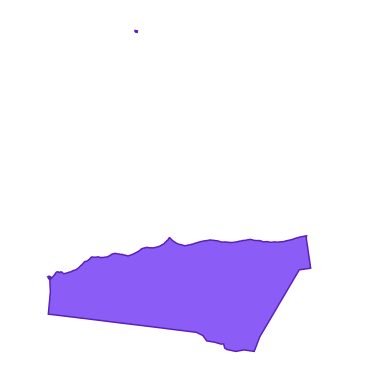 the district of At Tuhayta, Al Hudaydah, Yemen, rotated 99°
{"feature_id": "15242507B5379899577344", "entity_name": "At Tuhayta", "entity_type": "district", "adm_level": 2, "iso_a3": "YEM", "parent_name": "Yemen", "parent_adm1": "Al Hudaydah", "projection": "equal_earth", "projection_center": [43.15, 14.086], "detail": "fine", "context": "isolated", "style": "filled", "palette": "violet", "viewbox_px": 384, "rotation_deg": 99, "n_neighbors": 0, "source": "geoboundaries", "source_scale": "gbopen_adm2", "svg_char_len": 4964}
<svg xmlns="http://www.w3.org/2000/svg" viewBox="0 0 384 384"><g transform="rotate(99 192 192)"><path d="M335.1,314.8L334.3,293.6L334.2,290.7L333.1,259.1L333.0,254.8L332.7,247.4L332.6,243.5L332.0,228.1L331.7,219.6L331.0,199.7L330.9,195.0L330.2,174.3L329.9,165.7L332.1,158.8L334.8,156.1L335.0,155.9L336.8,154.1L336.8,149.7L336.8,146.2L337.7,139.6L337.1,136.9L337.3,136.8L337.7,136.7L338.5,136.4L339.0,136.2L341.0,135.3L342.2,132.8L342.1,132.7L342.6,123.8L339.8,115.8L339.8,113.1L339.7,105.6L333.5,104.3L331.5,103.9L324.4,102.4L322.4,101.6L316.1,99.1L304.8,94.6L304.1,94.4L302.4,93.7L300.2,92.8L290.1,88.9L278.5,84.3L269.8,80.9L252.1,73.9L251.2,70.9L248.7,62.9L242.4,64.8L239.9,65.6L239.5,65.7L235.5,67.0L234.5,67.3L231.6,68.2L230.3,68.6L230.1,68.7L228.9,69.0L226.8,69.7L225.3,70.2L224.2,70.5L221.5,71.4L220.3,71.7L219.7,71.9L218.4,72.0L217.3,72.0L218.4,75.0L219.3,77.6L221.6,82.6L223.7,86.6L225.5,91.4L226.5,93.4L227.9,98.7L228.3,101.1L228.3,102.5L228.6,103.5L229.1,105.4L229.5,106.9L229.2,108.5L229.3,110.5L229.5,111.3L229.8,112.5L230.1,113.5L229.9,115.2L229.6,115.6L229.4,117.8L229.8,120.1L230.1,123.4L229.8,124.8L229.7,127.0L230.2,128.7L230.8,130.3L231.4,131.8L231.5,132.2L231.6,132.3L231.8,133.8L232.0,134.4L233.0,136.6L233.0,137.1L234.0,139.2L234.0,139.6L234.5,140.6L234.8,141.9L235.1,142.7L235.3,143.6L235.5,144.0L235.7,145.5L236.0,146.7L235.8,147.3L236.0,148.2L236.1,148.7L236.0,149.3L236.0,150.0L236.2,151.2L236.2,151.7L236.4,152.6L236.5,153.2L236.7,153.7L236.8,155.7L236.6,156.6L236.4,157.4L236.4,157.9L236.2,159.1L236.3,160.5L236.4,161.4L236.3,162.6L236.5,165.1L236.5,166.5L236.7,167.3L236.9,167.6L237.8,170.2L237.9,170.5L238.0,171.3L238.1,171.7L238.2,171.9L238.5,172.3L238.6,173.0L238.9,173.9L239.3,174.6L239.6,175.5L239.7,175.9L240.5,177.5L241.3,179.0L241.9,180.4L242.0,180.8L242.5,181.7L243.3,183.1L243.6,183.8L243.7,184.2L244.2,185.1L244.4,185.7L244.7,186.4L244.9,187.2L245.6,188.8L246.0,190.0L246.2,191.0L246.1,192.1L245.9,193.3L245.8,194.4L245.6,194.8L245.8,195.7L245.7,196.2L245.6,197.1L245.4,198.1L245.2,198.7L244.9,199.7L244.6,200.2L244.5,200.4L244.1,201.3L243.8,202.1L243.5,202.5L243.3,203.2L242.9,203.8L242.7,203.9L242.6,204.3L242.0,205.1L240.8,206.6L240.6,207.0L241.1,207.5L241.6,207.8L242.0,207.9L243.0,208.2L244.0,209.2L244.3,209.4L244.9,209.8L245.3,209.9L246.0,210.7L247.5,211.6L247.9,211.9L248.3,212.7L249.2,213.8L249.4,214.1L250.3,215.0L251.1,216.5L251.8,217.9L252.5,219.5L252.6,220.1L253.2,221.2L253.3,222.2L253.4,222.8L253.6,224.2L253.8,225.8L253.8,227.1L253.6,227.6L254.1,228.7L254.7,230.2L255.1,231.2L255.5,232.1L256.1,233.0L256.6,233.5L257.0,233.8L257.9,234.5L259.1,235.8L260.3,237.4L261.4,238.8L262.6,240.6L263.3,241.6L263.9,242.7L264.4,243.8L265.1,245.1L265.1,245.9L265.0,246.9L264.8,247.7L264.8,248.1L265.0,248.6L264.9,249.3L264.7,249.9L264.6,250.7L264.6,251.5L264.7,252.5L264.9,253.0L264.8,253.6L264.6,254.1L264.6,254.6L264.8,255.7L264.6,256.4L264.7,258.6L265.1,259.1L265.0,259.4L266.1,261.7L266.7,262.1L267.9,263.6L269.3,265.5L269.5,266.1L269.7,266.6L270.2,268.6L270.5,269.2L270.5,269.7L270.8,270.8L271.0,272.0L271.0,273.2L270.8,273.5L270.7,274.2L271.0,275.6L271.2,276.0L271.5,276.9L271.6,278.0L271.8,278.8L271.8,279.6L271.7,280.1L271.8,280.4L271.8,280.5L272.1,281.2L272.3,281.4L272.5,281.5L272.8,281.7L273.0,281.9L273.4,282.0L274.0,282.5L274.7,283.1L275.1,283.4L275.4,283.7L276.1,284.3L276.9,285.2L276.9,285.4L276.9,285.5L277.0,285.7L277.2,286.3L277.4,287.0L277.7,287.2L277.9,287.3L278.0,287.4L278.4,287.5L278.7,287.8L278.9,288.0L280.2,288.8L281.6,289.9L281.9,290.2L282.3,290.5L283.0,291.0L283.8,291.5L284.5,292.0L284.8,292.3L286.0,293.5L286.8,294.3L287.5,295.4L287.7,295.7L287.9,296.2L288.0,296.4L287.9,296.5L288.0,296.7L288.6,297.5L288.6,297.8L289.0,298.1L289.1,298.3L289.3,298.5L289.9,299.3L290.1,300.0L290.2,300.5L290.3,300.6L291.2,302.3L291.4,302.5L292.0,304.0L292.3,304.8L292.6,305.3L292.6,306.3L292.4,306.7L292.2,307.0L291.9,307.5L291.6,307.8L291.5,308.0L291.4,308.3L291.4,308.5L291.4,308.9L291.4,309.1L291.6,309.4L291.9,309.7L292.1,310.0L292.3,310.4L292.2,310.6L292.1,310.8L292.0,311.2L291.8,311.4L291.8,311.7L292.0,312.6L292.2,313.2L292.7,313.6L293.0,313.8L293.4,314.0L293.7,314.1L294.5,314.5L295.7,315.1L296.8,315.8L297.7,316.3L298.4,317.0L298.5,317.1L298.5,317.3L297.6,319.2L297.5,319.6L297.6,320.0L297.7,320.4L298.4,321.2L298.5,321.0L298.0,320.5L297.8,320.0L297.7,319.8L297.7,319.5L297.8,319.2L298.1,318.4L298.5,317.6L298.7,317.2L298.8,317.1L299.1,317.3L299.1,317.5L298.9,318.2L298.9,318.3L299.4,317.5L299.7,317.7L300.5,318.4L300.5,318.6L300.4,318.8L300.1,319.8L299.8,319.8L299.5,319.9L299.4,319.9L299.2,319.8L299.1,320.1L298.9,319.9L298.8,320.0L299.1,320.2L299.7,320.3L299.9,320.2L300.1,320.1L300.2,319.8L300.3,319.4L300.5,318.9L300.8,318.8L302.4,318.4L303.1,318.2L304.9,317.9L305.9,317.7L308.4,317.2L309.2,317.0L309.5,316.9L312.5,316.3L315.6,316.1L335.1,314.8ZM42.3,273.3L42.9,272.6L42.9,271.1L41.4,271.1L41.4,272.7L41.4,273.6L41.8,273.6L42.3,273.3Z" fill="#8b5cf6" stroke="#5b21b6" stroke-width="1.5"/></g></svg>